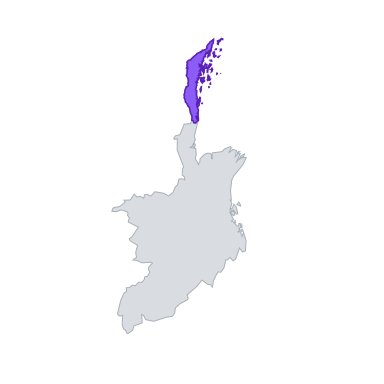 Tanintharyi on a map of Myanmar (orthographic projection), rotated 199°
{"feature_id": "MMR-3279", "entity_name": "Tanintharyi", "entity_type": "Division", "adm_level": 1, "iso_a3": "MMR", "parent_name": "Myanmar", "parent_adm1": "", "projection": "orthographic", "projection_center": [98.437, 12.445], "detail": "fine", "context": "in_parent", "style": "filled", "palette": "violet", "viewbox_px": 384, "rotation_deg": 199, "n_neighbors": 0, "source": "natural_earth", "source_scale": "10m", "svg_char_len": 9844}
<svg xmlns="http://www.w3.org/2000/svg" viewBox="0 0 384 384"><g transform="rotate(199 192 192)"><path d="M246.0,171.1L242.3,169.4L239.7,171.0L235.6,170.4L236.0,174.0L233.7,175.1L229.6,174.8L227.1,180.2L218.5,181.6L212.9,180.6L209.8,185.4L209.6,190.9L208.0,194.2L208.6,199.9L205.0,201.4L202.7,201.0L203.9,203.7L206.8,204.8L208.5,210.7L208.0,213.0L219.6,226.7L223.2,237.5L226.0,236.0L226.8,237.1L225.7,240.0L222.1,242.2L221.5,253.6L215.6,256.3L215.8,260.1L216.5,262.8L221.7,270.4L227.6,275.6L230.9,281.1L231.6,289.2L230.8,292.6L232.3,297.5L235.4,300.7L238.9,313.5L231.9,324.8L224.8,332.2L223.9,340.1L221.6,342.7L220.6,340.2L220.0,332.0L223.5,326.8L224.6,316.7L226.8,314.5L225.6,313.5L222.8,314.2L223.8,306.1L222.2,305.7L223.5,304.0L221.8,290.4L216.5,280.9L215.7,276.7L214.9,282.3L214.3,281.2L214.1,273.7L211.1,265.5L211.4,264.8L212.8,265.5L211.5,263.6L210.4,264.1L209.5,262.1L207.9,245.1L205.9,242.7L206.7,235.4L208.2,233.5L202.6,234.3L200.0,228.1L199.8,224.7L194.3,219.6L195.2,221.2L194.3,222.9L195.2,225.8L192.8,231.1L190.5,233.5L187.4,234.5L185.1,232.9L184.6,230.1L183.6,230.0L185.7,235.5L176.7,240.0L175.3,243.2L170.6,247.4L169.2,246.8L170.0,241.1L167.2,245.6L163.4,245.7L162.7,239.6L161.1,243.1L158.9,244.2L159.8,234.1L159.1,237.0L155.5,241.0L151.9,242.2L152.9,233.9L157.8,220.7L158.3,216.4L156.0,205.8L152.1,197.0L153.3,196.8L150.6,194.3L150.3,187.7L148.6,190.0L148.4,194.1L144.9,191.9L141.7,186.2L143.1,185.7L146.9,188.5L149.1,187.0L149.7,185.2L143.8,179.5L145.3,177.3L143.4,177.3L138.2,174.5L136.8,175.0L137.4,177.3L136.2,178.0L134.4,174.4L135.9,172.6L134.6,172.5L135.5,169.4L135.1,168.9L132.5,173.0L131.1,172.0L132.8,169.9L132.2,168.7L130.1,166.2L130.1,170.6L125.0,163.5L122.3,153.9L124.7,151.6L128.8,154.5L128.9,142.8L130.7,140.3L134.9,142.5L136.2,139.5L137.9,138.8L137.1,130.7L138.6,125.6L141.4,124.8L142.2,120.6L142.8,115.0L141.7,108.7L144.2,110.3L147.1,109.8L153.8,112.0L156.5,104.8L163.1,93.0L160.9,90.2L161.3,88.5L167.0,82.4L170.0,76.9L168.9,71.9L170.2,67.9L175.2,65.4L186.2,57.3L194.3,56.2L197.5,59.5L199.7,59.8L196.5,52.1L203.3,46.5L203.2,42.0L206.4,37.3L208.1,37.5L209.8,39.8L211.5,39.8L214.6,43.2L217.5,52.8L219.8,51.1L222.8,52.4L224.1,66.6L223.3,74.8L221.5,76.7L222.9,80.1L220.0,81.3L218.0,84.6L215.1,84.9L213.1,89.4L210.2,90.1L208.6,93.6L209.0,96.3L206.6,97.8L205.8,102.5L207.8,104.3L208.5,106.8L206.2,112.0L208.1,112.2L216.2,108.7L221.8,109.4L225.7,108.5L223.2,112.1L225.6,116.7L226.1,123.8L234.7,125.8L236.1,127.6L234.2,129.8L231.3,141.3L242.5,142.9L242.9,147.3L245.3,148.9L245.7,151.4L247.2,152.2L253.3,152.0L256.8,148.9L261.4,147.6L261.7,150.1L260.7,152.0L255.7,154.6L252.3,159.9L252.1,161.1L253.7,162.1L247.9,164.3L246.0,171.1ZM145.3,183.1L148.8,185.3L148.1,186.9L145.8,187.0L144.1,184.2L145.3,183.1ZM217.5,298.5L219.9,301.9L217.6,304.2L217.5,298.5ZM144.5,197.6L142.6,196.3L141.4,194.5L145.4,194.6L144.5,197.6ZM221.0,313.1L221.1,317.6L219.5,317.1L218.6,313.3L221.0,313.1ZM157.4,242.2L154.9,245.1L154.6,242.6L158.0,239.1L157.4,242.2ZM205.7,238.8L204.2,237.9L204.1,235.3L205.2,234.6L206.2,235.8L205.7,238.8ZM216.1,318.6L215.7,317.1L217.3,313.5L217.1,316.6L216.1,318.6ZM215.2,326.9L217.2,330.2L216.9,330.9L215.0,328.3L213.7,328.5L215.2,326.9ZM222.4,310.6L220.2,311.5L220.1,308.4L222.4,310.6ZM217.2,342.4L214.3,345.3L214.7,343.7L217.2,342.4ZM133.7,174.8L134.6,178.4L133.0,174.1L133.7,174.8ZM217.6,291.5L217.5,294.2L216.8,289.8L217.6,291.5ZM141.9,177.5L142.2,179.8L140.7,176.5L141.9,177.5ZM214.7,307.3L213.0,306.0L213.6,305.0L214.4,305.2L214.7,307.3ZM213.5,303.3L212.5,305.2L211.4,304.1L212.3,303.3L213.5,303.3ZM213.7,314.3L213.8,315.9L212.6,312.2L213.7,314.3ZM161.2,245.6L160.0,245.6L161.6,243.7L161.8,244.4L161.2,245.6ZM221.3,327.2L220.2,326.9L221.0,325.1L221.3,327.2Z" fill="#d9dde1" stroke="#a8b0b8" stroke-width="1"/><path d="M215.6,259.8L216.4,263.0L217.3,264.4L219.3,266.3L221.4,270.1L222.2,271.2L223.4,271.9L224.0,271.9L224.7,273.1L226.6,274.5L227.7,275.0L227.9,275.9L228.8,277.2L230.2,278.6L230.4,280.1L231.2,281.2L231.2,283.4L231.8,286.0L231.8,287.6L231.6,288.1L231.8,289.3L231.6,289.8L230.6,290.0L230.4,290.3L230.3,292.5L231.4,293.5L231.3,294.6L231.6,295.9L232.2,296.6L232.4,297.8L233.1,298.1L233.3,298.7L235.3,300.2L235.4,301.3L235.1,302.0L236.5,306.7L236.2,307.7L237.6,307.5L237.3,309.4L238.2,310.2L238.0,311.9L239.1,312.9L238.7,314.4L237.7,315.8L236.2,316.3L235.8,318.2L235.1,319.0L234.8,320.2L232.8,323.2L232.3,324.7L230.1,326.6L229.7,327.5L228.9,327.2L228.7,327.4L228.4,329.5L227.1,329.8L226.7,330.4L226.0,330.5L225.0,331.8L224.7,332.9L225.2,333.5L225.4,334.9L224.7,337.4L224.2,338.1L223.8,339.5L221.3,343.5L221.0,342.8L220.8,340.8L220.4,340.0L221.1,337.2L220.5,335.7L220.5,334.0L220.0,332.7L219.9,331.3L220.0,331.1L220.6,331.1L221.1,331.7L221.2,331.3L221.0,330.9L221.3,330.8L221.7,331.1L222.3,329.8L222.2,329.3L222.8,329.1L222.0,328.9L222.0,328.5L223.0,327.9L223.5,328.1L224.1,327.8L224.2,326.9L223.8,326.4L224.3,325.8L224.0,324.9L223.5,324.9L223.2,324.4L224.3,324.0L224.9,322.1L224.3,320.7L224.3,320.1L223.9,320.1L224.1,319.2L225.1,319.0L224.8,317.8L224.4,317.9L224.2,317.7L224.5,315.8L224.7,315.2L225.8,315.2L225.9,314.7L227.0,315.0L226.8,314.5L225.6,314.3L225.2,313.9L225.9,312.8L225.7,312.3L225.8,312.6L225.0,313.8L224.6,313.8L224.1,314.3L223.9,314.9L223.5,315.1L222.4,314.3L222.3,313.7L222.8,313.3L222.3,313.1L222.6,312.7L223.1,312.7L223.6,311.9L224.0,311.9L223.8,311.6L221.4,311.9L221.9,311.4L223.3,311.2L223.7,310.6L224.2,310.4L224.2,309.9L223.9,309.0L224.1,308.8L223.3,308.8L222.8,308.3L222.7,307.6L224.0,306.4L223.9,305.9L223.3,305.9L222.2,306.6L221.6,306.4L221.2,305.8L221.7,305.0L223.5,304.6L224.0,304.0L222.3,302.7L222.5,301.7L223.9,301.5L224.0,301.3L222.9,301.0L222.6,300.5L223.1,299.4L223.4,299.4L223.3,298.6L223.8,297.7L223.0,297.8L223.0,297.4L223.5,297.2L222.5,297.0L223.1,296.5L222.8,295.2L222.1,294.5L222.5,293.9L222.0,292.7L221.9,290.0L220.6,289.0L220.4,288.2L220.3,288.4L220.0,287.2L220.2,286.2L219.8,286.8L219.7,286.0L219.3,285.5L219.4,284.9L217.9,283.1L217.2,281.5L217.4,281.4L216.5,281.2L216.6,278.9L216.3,277.8L216.3,276.4L215.6,275.3L215.4,276.1L215.7,276.5L215.7,277.0L215.4,277.7L215.7,278.6L215.4,280.9L215.7,282.0L215.2,283.4L215.5,284.0L215.3,284.1L214.9,283.8L214.8,284.2L214.6,283.4L214.9,283.0L214.7,282.7L215.1,282.4L214.9,281.9L215.2,281.7L214.2,281.4L214.4,280.9L214.0,280.8L213.8,280.3L213.9,279.8L214.3,279.9L214.3,278.0L213.8,277.7L213.5,276.2L214.2,274.6L214.1,273.6L214.3,273.6L213.2,272.4L212.4,270.9L212.2,269.8L212.5,268.6L212.0,268.9L211.1,266.6L211.3,266.2L210.7,265.4L210.7,265.0L211.0,264.6L211.6,264.4L212.4,265.3L213.0,265.6L212.2,264.5L212.5,264.3L211.9,263.9L212.1,263.7L211.7,263.1L211.4,263.8L210.9,263.1L210.9,264.1L210.5,264.4L210.1,264.3L209.2,261.7L210.2,260.6L210.9,258.4L212.9,258.0L214.1,259.7L215.6,259.8ZM220.1,300.1L219.9,302.2L218.2,304.4L217.4,304.2L217.9,302.3L217.6,301.6L217.9,301.2L217.4,299.8L217.6,298.4L219.1,299.2L218.9,300.0L219.4,301.0L219.8,299.8L220.1,300.1ZM221.2,313.1L221.5,313.9L221.4,316.2L221.1,316.9L221.2,317.7L219.9,316.8L219.5,317.1L219.5,316.5L219.2,316.5L219.3,316.0L218.6,315.0L219.1,314.7L218.6,314.0L219.2,313.6L218.5,313.4L221.2,313.1ZM217.0,313.2L217.4,313.6L217.7,314.3L217.3,314.8L217.1,318.1L216.7,318.7L216.2,318.2L216.1,318.6L215.7,318.8L216.0,319.0L215.3,319.1L215.1,318.6L215.7,318.4L215.5,317.6L215.9,317.3L215.7,316.7L216.4,316.1L216.3,315.4L217.0,313.2ZM221.6,309.8L223.2,310.7L223.2,311.0L221.8,311.0L220.9,311.6L220.3,311.7L220.0,311.0L220.1,310.0L219.6,309.6L219.6,308.0L220.9,309.7L221.6,309.8ZM216.8,329.3L216.9,330.2L217.3,330.2L217.1,330.6L217.3,331.0L216.5,331.7L216.2,331.4L216.2,330.9L216.6,330.8L216.2,330.4L216.4,329.4L215.7,328.5L215.3,328.3L215.2,328.5L215.1,327.9L214.8,327.8L214.1,328.5L213.7,328.4L214.7,326.9L215.2,326.9L215.8,327.2L216.2,328.7L216.8,329.3ZM217.3,342.5L216.9,342.5L217.1,343.1L216.8,343.2L216.4,343.9L215.3,344.4L214.6,345.9L214.3,345.2L214.5,343.9L216.2,342.4L217.3,342.5ZM213.5,303.7L213.2,304.3L212.6,304.7L212.4,305.3L212.2,304.7L211.6,304.7L212.0,304.1L211.9,303.9L211.4,304.2L211.5,303.7L212.7,303.1L212.5,303.7L213.1,303.9L213.7,302.7L214.2,303.4L213.9,303.8L213.5,303.7ZM217.3,291.7L217.7,291.6L217.9,291.9L217.4,292.6L217.6,294.4L217.4,294.6L216.4,290.8L216.5,289.5L216.8,289.8L217.3,291.7ZM214.0,306.7L214.6,306.5L214.7,307.5L214.3,307.1L213.7,307.1L213.1,306.4L213.2,305.5L213.6,305.0L214.2,305.1L214.5,305.5L214.0,306.7ZM213.3,314.8L213.9,316.0L212.6,314.8L212.9,314.6L212.8,313.9L212.5,313.8L212.4,312.5L212.7,312.1L212.7,312.9L213.3,313.6L213.4,314.4L213.8,314.3L213.3,314.8ZM221.1,327.0L220.7,327.5L220.2,327.0L221.0,325.1L221.3,326.0L221.3,327.3L221.1,327.0ZM215.4,341.2L215.2,340.8L215.3,340.1L216.3,340.4L216.2,340.9L215.7,341.3L215.4,342.6L215.4,341.2ZM220.5,328.4L221.3,328.9L221.5,329.4L221.1,330.1L220.6,330.0L221.1,329.6L220.6,329.5L220.5,328.4ZM220.8,301.6L220.8,302.8L220.5,303.1L220.2,302.7L220.6,301.3L220.8,301.6ZM216.6,300.4L217.2,301.1L217.1,301.4L216.7,301.6L216.2,301.2L216.3,300.6L216.6,300.4ZM210.5,329.2L211.0,327.8L211.6,327.9L211.2,328.7L210.5,329.2ZM216.9,322.4L217.4,322.5L216.5,323.0L216.0,322.1L217.0,322.0L216.9,322.4ZM210.9,335.0L210.8,335.3L211.2,335.3L211.5,335.9L211.0,336.0L211.3,336.4L210.9,336.6L210.6,336.3L210.8,335.9L210.7,335.1L210.9,335.0ZM213.3,346.7L212.7,346.7L212.6,346.2L213.1,346.1L213.3,346.7ZM216.6,312.2L216.6,311.5L216.8,311.4L217.2,311.8L216.9,312.3L216.6,312.2ZM206.9,311.4L207.2,311.7L207.1,312.5L206.7,312.4L206.6,312.0L206.9,311.4ZM216.2,334.4L216.0,335.0L215.6,335.2L215.5,334.7L216.2,334.4ZM216.8,311.0L216.5,311.1L216.1,310.6L216.3,310.4L216.7,310.3L216.8,311.0ZM209.6,300.0L210.0,299.9L210.2,300.5L210.0,300.9L209.6,300.0ZM211.2,278.9L211.5,278.9L211.1,280.0L211.2,278.9ZM209.8,296.9L209.8,296.6L210.1,296.4L210.3,296.9L209.8,296.9ZM219.6,327.1L219.5,326.7L219.8,326.5L219.6,327.1ZM203.9,313.5L203.6,313.4L203.3,313.2L203.9,313.5Z" fill="#8b5cf6" stroke="#5b21b6" stroke-width="1.5"/></g></svg>